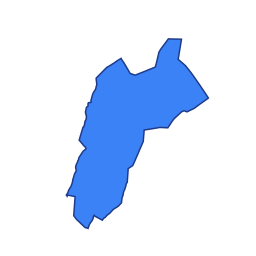 outline of Siljan nor, Telemark, Norway, rotated 56°
{"feature_id": "86288312B40873375407983", "entity_name": "Siljan nor", "entity_type": "district", "adm_level": 2, "iso_a3": "NOR", "parent_name": "Norway", "parent_adm1": "Telemark", "projection": "orthographic", "projection_center": [9.707, 59.31], "detail": "fine", "context": "isolated", "style": "filled", "palette": "blue", "viewbox_px": 256, "rotation_deg": 56, "n_neighbors": 0, "source": "geoboundaries", "source_scale": "gbopen_adm2", "svg_char_len": 4619}
<svg xmlns="http://www.w3.org/2000/svg" viewBox="0 0 256 256"><g transform="rotate(56 128 128)"><path d="M182.7,172.1L180.7,169.4L180.4,169.2L180.2,169.1L179.5,168.3L179.1,168.0L179.0,167.9L178.1,166.8L177.1,165.0L176.9,164.7L176.5,164.3L175.9,163.6L175.2,162.6L174.0,161.4L173.4,160.8L172.5,158.9L165.3,153.3L161.8,150.6L161.8,145.1L159.3,141.0L149.1,125.1L147.7,122.9L138.7,115.7L141.4,110.0L145.4,101.2L150.1,94.9L148.2,90.2L147.1,87.6L146.1,84.6L144.5,74.3L144.7,73.6L145.1,71.8L147.6,70.1L148.7,62.2L148.4,54.9L148.2,45.9L148.1,44.6L141.1,44.5L135.9,44.5L131.5,44.5L120.6,44.7L117.3,44.8L108.4,45.5L99.1,48.0L84.3,34.0L76.7,44.7L80.8,56.4L82.4,59.9L90.0,68.1L92.5,71.0L92.6,71.9L92.1,74.4L90.9,79.8L90.9,80.2L88.2,92.5L84.0,95.7L76.6,95.2L71.1,94.9L68.5,95.0L66.4,94.8L66.2,99.9L66.3,102.5L66.2,106.4L66.1,109.0L66.0,110.0L65.9,111.8L68.8,126.4L69.4,126.9L69.8,127.1L70.3,127.4L71.3,127.9L71.7,128.1L72.1,128.3L72.5,128.5L73.2,128.9L74.0,129.3L74.6,129.6L76.0,131.4L76.6,131.9L77.2,132.6L77.5,133.1L77.9,133.5L78.1,133.7L78.3,134.4L78.5,134.9L78.6,135.3L78.8,135.7L79.0,136.2L79.1,136.4L79.2,136.7L79.4,136.9L79.5,137.2L80.1,138.1L81.2,139.6L81.5,139.9L81.8,140.3L82.4,140.9L84.4,143.3L85.2,143.7L85.8,143.8L86.0,144.2L85.9,144.6L85.8,144.9L85.6,145.4L85.5,145.8L85.2,145.9L85.0,146.3L85.0,146.8L85.1,147.2L85.3,147.4L85.5,147.5L86.1,148.0L86.3,148.1L86.6,148.3L86.8,148.4L87.0,148.5L87.3,148.9L87.5,149.3L87.6,149.6L87.5,149.8L87.5,150.0L87.5,150.3L87.9,151.2L88.1,151.5L88.5,151.9L88.9,152.2L89.1,152.4L89.4,152.6L89.5,152.7L89.8,153.0L90.0,153.4L90.5,153.9L90.6,154.1L91.8,154.8L92.6,155.0L92.6,154.9L92.6,155.0L92.8,155.0L93.1,155.0L93.3,155.1L93.5,155.3L93.6,155.5L94.0,155.5L94.5,155.6L94.7,155.8L94.8,155.8L95.0,156.0L95.5,156.3L95.8,156.5L96.0,156.6L96.3,156.8L96.6,157.0L96.7,157.3L96.8,157.3L96.9,157.5L97.0,157.6L97.2,157.8L97.3,157.9L97.4,158.0L97.6,158.1L97.7,158.3L97.8,158.5L97.9,158.8L98.0,158.9L98.1,159.0L98.2,159.3L98.3,159.4L98.3,159.5L98.3,159.8L98.5,159.9L98.7,160.1L98.9,160.3L99.0,160.4L99.1,160.5L99.3,160.6L99.4,160.8L99.5,160.9L99.6,161.0L100.0,161.4L100.1,161.5L100.3,161.7L100.5,161.9L100.6,162.0L100.8,162.1L100.9,162.3L101.0,162.4L101.2,162.6L101.3,162.7L101.4,162.8L101.5,163.0L101.7,163.3L101.8,163.5L102.1,163.7L102.2,163.8L102.3,163.9L102.2,164.0L102.1,164.3L102.1,164.5L102.4,165.1L106.4,170.0L106.9,170.6L107.0,170.7L107.2,171.0L107.5,171.3L107.9,171.9L109.6,173.8L109.8,174.1L109.9,174.3L110.0,174.3L110.3,174.6L110.3,174.8L110.6,175.0L110.6,174.9L110.7,175.0L110.8,175.0L111.0,175.0L111.3,175.1L111.5,175.0L112.0,175.2L112.3,175.1L112.5,175.1L113.1,175.0L113.3,175.0L113.5,175.0L113.9,174.9L114.0,174.9L114.5,174.9L114.8,174.9L115.0,174.7L115.3,174.7L115.5,174.7L115.9,174.7L117.7,174.6L119.2,174.2L119.4,174.2L119.6,174.1L119.9,174.2L120.6,174.2L121.1,174.1L121.4,174.2L121.7,174.5L121.9,174.8L122.1,178.0L122.7,179.6L125.0,185.0L125.6,185.8L126.5,186.7L126.7,187.1L126.8,187.2L126.8,187.3L127.0,187.8L127.2,188.0L127.3,188.1L127.4,188.3L127.5,188.4L127.6,188.5L128.0,188.8L128.0,189.0L128.3,189.3L128.4,189.5L128.5,189.8L128.6,190.0L128.8,190.4L128.8,190.5L129.0,190.7L129.1,190.9L129.5,191.4L130.8,193.1L131.0,193.2L131.7,193.5L132.1,193.8L132.8,194.1L133.2,194.2L134.3,194.6L134.6,195.1L134.7,195.3L134.9,195.6L135.1,195.8L135.5,197.0L135.9,197.2L136.4,198.3L137.2,199.3L137.7,199.8L138.9,201.4L139.1,201.6L139.5,201.9L139.6,202.1L139.8,202.3L139.9,202.5L140.0,202.8L140.3,202.9L140.6,203.1L142.9,205.6L143.1,206.0L143.7,206.8L144.6,208.0L144.9,208.7L145.2,209.5L146.1,211.3L146.3,211.9L147.8,213.8L148.1,214.4L148.5,215.1L149.0,216.4L149.5,215.9L149.7,216.2L149.8,216.5L150.5,216.6L150.4,216.4L150.3,216.1L150.2,215.8L150.0,215.4L155.3,210.2L170.3,222.0L174.9,221.8L186.7,219.2L186.9,219.0L186.9,218.9L187.0,218.8L187.1,218.6L187.3,218.4L187.5,218.3L187.5,218.2L188.9,217.3L187.5,215.4L187.4,215.3L187.2,215.0L186.3,213.7L186.0,213.1L185.6,212.0L184.9,210.1L184.8,209.9L184.6,209.4L184.0,208.3L183.7,207.8L182.5,206.5L182.1,206.2L181.7,205.4L181.5,205.2L181.4,205.0L181.5,204.9L181.6,204.7L182.7,204.7L183.5,204.3L184.6,203.7L185.2,203.3L186.1,202.9L186.9,202.5L187.3,202.3L190.1,200.8L189.8,200.2L189.6,199.7L189.5,199.3L189.3,198.7L189.2,198.3L189.3,197.5L189.4,197.1L189.3,196.7L189.1,196.0L189.0,195.6L188.9,195.1L188.7,194.7L188.7,194.3L188.6,193.8L188.4,190.3L188.1,189.4L188.0,189.1L188.0,188.7L187.9,188.2L187.6,187.2L187.3,185.9L187.3,185.5L187.3,184.3L187.3,183.4L187.4,181.0L187.4,180.2L187.4,179.9L187.2,178.8L187.1,178.4L187.0,178.1L186.8,177.1L186.4,175.3L183.5,172.8L183.2,172.6L182.7,172.1Z" fill="#3b82f6" stroke="#1e3a8a" stroke-width="1.5"/></g></svg>